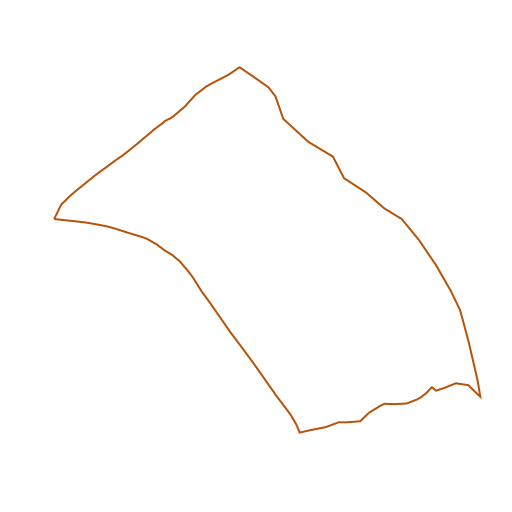 Rodney Heights, Gros Islet, Saint Lucia, rotated 257°
{"feature_id": "8701671B40211912929953", "entity_name": "Rodney Heights", "entity_type": "district", "adm_level": 2, "iso_a3": "LCA", "parent_name": "Saint Lucia", "parent_adm1": "Gros Islet", "projection": "mercator", "projection_center": [-60.949, 14.068], "detail": "fine", "context": "isolated", "style": "outline", "palette": "amber", "viewbox_px": 512, "rotation_deg": 257, "n_neighbors": 0, "source": "geoboundaries", "source_scale": "gbopen_adm2", "svg_char_len": 1843}
<svg xmlns="http://www.w3.org/2000/svg" viewBox="0 0 512 512"><g transform="rotate(257 256 256)"><path d="M338.1,68.1L337.2,68.4L335.5,73.2L327.5,96.2L325.6,100.9L321.7,110.0L318.4,117.4L316.5,121.0L314.3,125.0L308.0,135.6L302.8,144.6L299.7,150.0L298.4,151.8L297.9,152.9L294.8,156.3L292.0,159.2L290.2,161.5L287.3,163.7L284.6,166.2L282.4,167.8L275.6,174.9L273.6,176.3L272.0,177.4L268.0,180.6L265.3,181.9L261.0,184.1L259.0,185.3L255.2,187.0L252.7,188.2L250.2,189.3L245.3,191.1L238.8,193.3L234.3,194.8L226.7,198.1L220.8,200.6L210.3,204.8L186.5,214.3L184.1,215.4L172.4,220.6L169.3,222.0L158.3,226.7L151.1,229.8L144.0,232.8L133.5,237.0L130.7,238.1L119.3,242.8L116.5,243.8L106.5,248.3L103.1,249.8L93.9,253.9L93.2,254.1L90.2,255.0L87.6,255.9L84.0,257.0L82.7,257.4L81.2,257.7L79.7,258.0L79.1,258.0L78.1,258.2L77.1,258.3L75.9,258.6L74.1,258.8L74.1,259.7L74.1,267.9L73.9,275.3L73.6,285.5L75.4,299.3L73.9,305.1L73.1,309.9L72.1,316.6L71.5,320.3L77.7,330.5L82.0,343.0L83.1,347.9L80.4,358.0L78.4,369.6L79.2,375.3L80.0,380.9L81.6,385.8L84.3,391.4L88.6,397.9L84.3,401.1L85.1,410.0L87.0,422.1L82.4,433.8L71.8,440.6L68.5,442.9L84.5,443.9L108.0,443.9L124.4,443.9L157.2,442.7L178.3,437.9L206.5,429.4L234.6,418.5L240.9,415.4L259.2,406.4L273.3,391.9L293.2,377.4L312.0,359.3L335.5,353.3L355.4,332.7L378.7,316.7L383.5,313.4L407.0,310.9L417.6,306.1L436.3,289.2L443.5,282.6L442.9,280.4L441.9,278.0L441.5,277.1L438.6,269.3L434.3,252.4L432.3,245.5L426.6,233.1L422.8,227.7L420.5,224.2L417.9,220.8L410.6,206.7L409.5,203.9L408.5,199.5L408.0,197.7L407.0,196.0L401.7,184.1L400.5,182.1L395.4,171.9L394.0,169.4L389.5,160.3L387.5,156.2L386.0,153.1L383.7,147.9L380.4,139.7L373.8,124.5L370.5,116.8L369.1,114.1L367.1,109.9L362.3,100.0L360.5,96.3L357.6,90.6L355.6,87.0L352.7,82.4L350.2,78.1L345.8,74.4L341.2,70.8L338.1,68.1Z" fill="none" stroke="#b45309" stroke-width="2"/></g></svg>